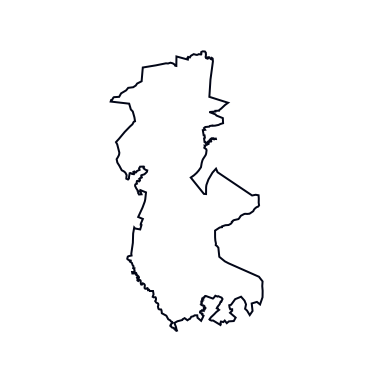 the district of Auru pag., Dobele, Latvia, rotated 212°
{"feature_id": "27541924B19502695969152", "entity_name": "Auru pag.", "entity_type": "district", "adm_level": 2, "iso_a3": "LVA", "parent_name": "Latvia", "parent_adm1": "Dobele", "projection": "albers", "projection_center": [23.233, 56.585], "detail": "fine", "context": "isolated", "style": "outline", "palette": "ink", "viewbox_px": 384, "rotation_deg": 212, "n_neighbors": 0, "source": "geoboundaries", "source_scale": "gbopen_adm2", "svg_char_len": 5994}
<svg xmlns="http://www.w3.org/2000/svg" viewBox="0 0 384 384"><g transform="rotate(212 192 192)"><path d="M245.2,316.1L246.3,316.2L246.3,315.8L245.5,315.2L245.6,314.9L246.7,314.7L248.4,315.4L249.1,315.3L250.0,314.5L249.2,313.8L249.3,313.4L251.0,313.0L252.0,313.7L252.9,315.9L253.6,316.5L253.8,317.2L254.2,317.5L255.5,318.0L257.5,316.9L258.3,315.6L258.0,314.9L257.2,314.1L257.2,313.4L259.3,312.5L260.0,311.3L261.0,310.6L263.6,309.8L265.0,307.2L265.2,306.7L265.1,305.0L266.9,304.5L266.9,303.3L266.1,303.0L265.7,302.1L277.0,298.7L272.1,290.6L273.1,290.2L274.5,290.9L276.6,290.9L278.8,290.2L280.4,288.3L282.3,287.3L289.7,280.3L299.7,271.5L293.4,259.2L296.0,254.9L296.1,252.5L297.4,249.7L301.3,246.5L301.7,243.3L304.4,238.1L304.2,234.1L308.4,231.1L308.7,230.4L308.6,227.9L309.3,227.2L308.9,225.6L292.1,233.6L287.6,229.6L284.9,228.9L280.4,224.8L277.8,221.8L278.6,220.7L278.4,217.8L279.3,214.7L280.9,207.2L282.1,198.4L282.9,194.0L280.7,192.8L274.5,186.9L273.9,185.7L273.5,184.5L273.3,182.1L273.3,179.9L270.9,177.4L267.6,175.8L263.1,173.2L260.8,173.4L258.8,173.1L256.4,171.7L254.8,168.5L252.9,168.7L252.6,170.0L253.3,171.2L254.8,174.9L254.0,175.6L252.6,175.5L250.7,176.3L250.7,176.8L251.9,177.2L252.4,178.0L251.6,178.9L250.8,178.5L249.9,178.9L249.8,179.2L249.8,180.6L248.2,183.0L249.4,184.0L249.4,186.0L246.4,188.0L245.9,187.8L245.9,186.7L245.5,186.4L243.2,186.2L241.4,186.6L240.9,185.3L241.4,182.9L241.9,181.6L243.8,179.4L243.6,178.6L242.3,177.9L242.3,177.5L243.3,176.4L243.7,175.1L242.4,174.6L242.2,174.1L242.5,172.9L244.0,172.7L244.5,172.1L244.0,170.7L243.1,169.9L244.0,168.7L244.0,168.0L243.5,167.0L241.3,165.6L238.9,164.5L238.7,164.1L237.6,164.3L237.3,163.8L237.3,162.7L235.6,161.8L233.6,163.3L236.6,165.6L236.8,166.2L230.8,167.3L227.8,161.1L227.0,158.9L225.7,152.6L224.4,142.3L219.4,143.1L218.6,138.0L218.2,137.1L217.5,137.4L217.3,137.1L216.1,132.8L220.9,130.9L222.2,131.3L219.9,125.6L215.2,117.5L210.8,107.5L209.6,106.1L211.5,104.3L212.2,103.2L211.6,101.2L211.1,100.8L209.4,100.8L207.6,101.4L207.4,101.0L207.7,100.6L207.7,100.1L205.4,100.0L203.6,98.5L202.3,98.1L201.5,96.3L200.4,96.8L200.0,95.7L199.2,95.2L198.9,94.4L199.3,93.0L200.4,92.4L199.4,91.3L197.6,92.4L197.7,93.4L197.5,93.7L196.4,93.7L195.7,93.1L195.9,92.6L195.6,92.2L194.8,92.0L194.2,92.4L192.4,92.0L191.7,91.5L191.5,91.1L191.6,90.6L192.8,91.0L193.2,90.6L193.3,90.2L191.6,89.2L191.7,88.5L191.5,88.1L190.4,88.0L189.8,89.6L189.1,89.8L188.4,89.4L186.8,87.1L186.1,86.6L185.4,86.9L185.3,88.5L183.7,88.6L182.6,88.0L181.4,85.5L180.4,85.2L179.5,85.7L179.0,86.8L178.4,86.8L177.3,85.5L176.5,86.3L175.4,85.6L172.6,87.4L170.4,84.9L169.8,82.3L168.8,82.3L167.2,83.4L166.9,83.3L166.2,82.7L165.4,81.4L165.4,80.0L163.8,79.3L161.6,79.4L160.6,78.3L160.2,76.8L158.6,75.2L157.6,75.1L155.9,76.0L155.1,75.4L153.3,73.2L148.2,73.5L144.7,71.5L142.3,71.6L141.1,71.0L140.0,71.3L139.4,71.0L139.2,70.4L139.8,68.5L139.3,68.0L139.6,67.3L139.5,67.0L136.9,66.5L135.6,67.0L134.9,67.0L134.6,66.6L133.7,66.9L133.1,66.3L132.7,66.6L131.7,66.0L131.3,66.5L132.3,67.2L133.9,68.9L137.5,71.6L135.9,74.6L132.4,78.3L132.5,79.1L131.4,81.1L127.9,80.8L127.1,82.6L126.5,83.4L126.5,85.8L124.9,87.5L124.5,88.7L122.2,90.2L120.7,88.3L116.0,87.6L116.5,92.5L116.7,93.2L117.5,93.0L118.7,93.5L118.7,93.8L118.4,94.0L118.6,94.3L119.0,94.3L119.3,93.8L120.6,94.2L121.3,94.0L121.6,94.4L121.7,95.4L121.1,96.0L121.0,96.6L120.7,96.5L119.7,97.1L119.8,97.3L120.1,97.2L120.0,97.4L120.1,97.7L120.0,98.1L119.4,98.0L119.7,98.5L119.3,98.9L119.7,99.2L119.2,99.4L119.4,99.7L119.3,100.0L120.0,100.2L119.7,100.6L120.1,100.6L120.1,101.0L120.8,101.0L121.1,101.8L122.1,101.9L122.8,101.3L124.3,101.3L124.4,102.1L124.8,102.0L124.7,102.4L125.8,103.6L125.4,104.1L125.9,104.5L125.4,105.0L126.1,105.7L125.6,106.4L126.7,106.6L126.9,107.3L126.4,107.7L126.4,108.2L126.0,108.3L125.7,108.9L126.0,109.6L125.5,110.4L125.7,110.7L125.3,111.1L117.8,112.7L117.4,114.2L117.2,116.4L115.0,116.8L114.6,117.5L110.9,118.1L109.4,117.4L109.0,114.4L109.6,114.2L109.1,111.4L109.5,108.1L109.4,106.5L108.7,106.5L108.3,106.9L107.2,106.3L106.6,106.3L107.8,103.0L108.4,100.1L109.5,95.9L109.7,93.2L108.9,93.0L107.3,93.3L106.0,94.2L97.4,94.3L97.5,95.1L98.6,96.4L98.8,97.5L96.5,98.3L96.1,100.3L93.0,99.2L92.2,101.8L88.2,104.7L88.4,108.6L95.7,109.7L95.0,112.6L95.8,113.8L97.4,112.8L98.9,113.9L100.4,115.7L99.1,117.1L98.6,124.0L94.9,129.2L89.9,127.7L86.6,125.3L85.1,121.1L82.5,120.6L77.8,118.2L77.6,123.2L82.3,129.1L78.7,133.2L74.7,132.7L76.4,140.1L79.7,145.6L82.6,149.5L84.8,153.6L90.3,155.6L123.3,150.9L127.4,150.6L134.5,151.5L140.1,158.7L142.1,159.4L143.7,159.5L144.4,161.0L146.5,163.2L148.4,165.8L152.0,171.5L149.8,176.3L149.3,177.0L147.9,178.1L148.3,178.8L146.1,181.5L143.5,183.4L142.4,185.3L142.1,186.2L142.0,188.2L142.3,188.2L142.0,189.5L141.4,190.5L138.3,193.6L138.1,194.4L138.0,197.7L136.2,200.8L135.5,201.6L133.5,202.7L131.7,204.1L129.9,208.2L130.1,210.0L129.8,211.6L129.2,213.3L128.1,214.8L128.1,216.3L129.8,218.3L131.8,221.7L133.8,224.5L136.5,223.4L139.2,220.9L180.8,222.3L184.0,224.5L184.9,219.3L184.7,211.3L183.5,205.6L182.6,203.6L179.0,197.7L180.9,196.7L200.7,203.6L199.2,207.1L198.2,210.6L197.7,213.7L197.5,217.7L199.2,221.9L199.9,224.3L200.1,225.7L200.0,230.4L200.3,231.9L201.7,235.0L202.5,235.8L205.0,236.0L205.4,237.6L205.8,238.0L205.5,238.1L205.1,237.7L205.2,239.1L204.2,240.2L203.8,241.1L203.4,241.5L204.2,243.3L203.1,244.7L202.6,244.9L202.6,245.2L203.8,245.6L203.5,246.2L203.2,247.8L201.1,248.4L200.7,249.1L199.8,249.6L200.1,249.9L201.4,248.9L202.2,249.0L203.8,248.0L204.4,246.6L204.3,246.2L204.6,245.3L204.4,244.1L205.0,243.6L205.3,242.6L205.2,242.1L206.5,240.8L207.3,241.4L207.9,241.1L210.2,243.9L209.8,244.8L211.4,246.7L212.2,246.3L215.6,250.2L213.9,251.7L215.7,252.5L215.5,253.4L215.1,254.2L212.0,256.6L211.9,257.4L209.9,259.2L209.7,259.0L207.6,260.5L205.0,263.0L203.9,264.8L202.1,266.8L205.0,271.0L211.7,269.8L213.3,270.2L219.7,269.0L214.8,272.6L215.2,273.2L212.2,275.3L212.4,275.6L211.4,278.4L210.1,283.3L208.7,286.8L227.7,281.9L235.9,297.1L243.5,313.9L245.2,316.1Z" fill="none" stroke="#020617" stroke-width="2"/></g></svg>